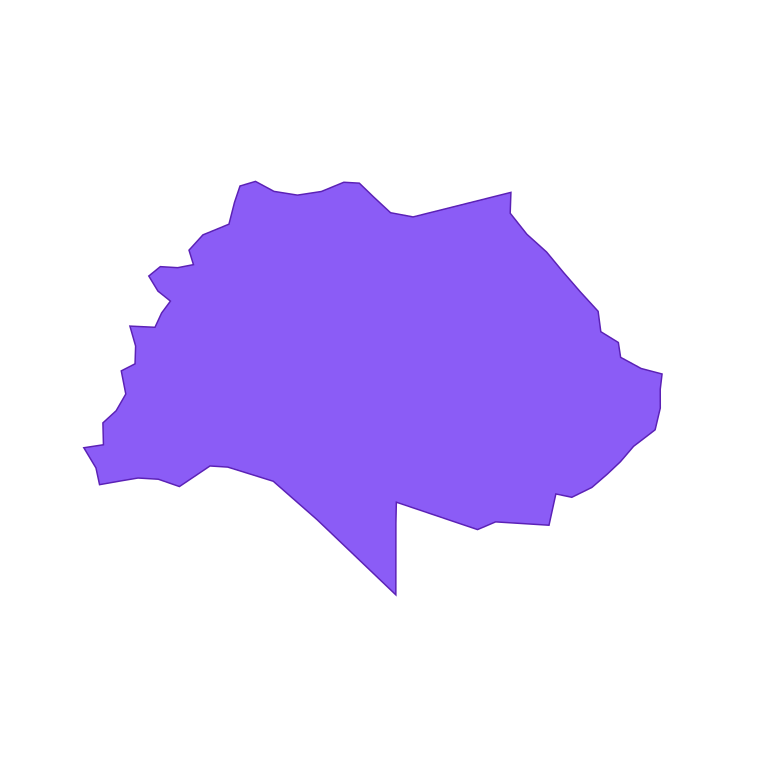 the district of Tigrinhos, Santa Catarina, Brazil, rotated 300°
{"feature_id": "56859067B32448575556431", "entity_name": "Tigrinhos", "entity_type": "district", "adm_level": 2, "iso_a3": "BRA", "parent_name": "Brazil", "parent_adm1": "Santa Catarina", "projection": "mercator", "projection_center": [-53.157, -26.678], "detail": "fine", "context": "isolated", "style": "filled", "palette": "violet", "viewbox_px": 768, "rotation_deg": 300, "n_neighbors": 0, "source": "geoboundaries", "source_scale": "gbopen_adm2", "svg_char_len": 999}
<svg xmlns="http://www.w3.org/2000/svg" viewBox="0 0 768 768"><g transform="rotate(300 384 384)"><path d="M495.2,171.4L483.5,160.3L466.6,163.7L444.9,169.8L422.6,152.6L402.4,148.2L392.1,159.3L381.6,147.2L373.8,131.6L359.9,126.3L351.4,141.8L349.0,157.6L334.3,155.9L318.6,157.3L307.1,135.0L292.7,149.9L277.0,158.3L264.0,149.9L246.2,165.4L226.9,165.4L209.8,160.0L191.1,171.4L178.7,155.9L167.3,176.5L154.6,188.0L167.3,203.1L179.6,218.0L188.7,236.2L192.9,258.1L226.0,274.3L233.9,290.2L244.4,336.7L233.0,394.1L207.3,499.7L269.4,463.9L287.8,453.8L304.7,537.8L320.4,549.6L344.2,597.5L374.7,587.8L379.8,603.3L398.5,615.8L417.8,622.5L434.9,627.6L454.8,631.3L479.9,641.7L501.3,635.3L517.5,625.9L531.7,619.8L526.0,598.9L525.4,575.6L537.1,566.2L537.7,545.6L554.0,533.1L561.9,508.1L570.3,483.8L579.6,458.8L585.1,432.9L595.0,407.9L613.4,398.1L543.2,325.6L535.6,304.0L540.8,281.4L545.6,262.2L538.6,248.3L519.4,233.5L504.3,214.6L495.8,192.4L495.2,171.4Z" fill="#8b5cf6" stroke="#5b21b6" stroke-width="1.5"/></g></svg>